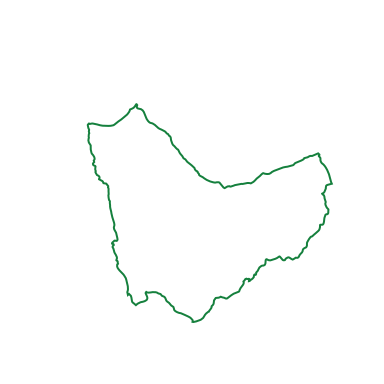 the district of Confines, Santander, Colombia, rotated 47°
{"feature_id": "7082276B80163304219298", "entity_name": "Confines", "entity_type": "district", "adm_level": 2, "iso_a3": "COL", "parent_name": "Colombia", "parent_adm1": "Santander", "projection": "albers", "projection_center": [-73.237, 6.361], "detail": "fine", "context": "isolated", "style": "outline", "palette": "green", "viewbox_px": 384, "rotation_deg": 47, "n_neighbors": 0, "source": "geoboundaries", "source_scale": "gbopen_adm2", "svg_char_len": 6044}
<svg xmlns="http://www.w3.org/2000/svg" viewBox="0 0 384 384"><g transform="rotate(47 192 192)"><path d="M291.0,261.2L290.7,260.7L290.1,257.3L289.7,256.4L289.1,255.8L288.9,255.4L288.9,254.0L288.7,253.0L288.3,252.2L286.3,249.8L285.7,247.0L285.9,246.6L287.4,244.7L287.9,243.6L288.2,242.4L289.7,241.7L291.3,240.6L292.8,240.0L293.4,239.5L293.8,238.8L294.3,233.7L294.8,230.9L296.8,225.8L296.8,225.3L296.6,224.8L296.0,223.7L295.4,222.0L294.6,217.7L294.1,216.6L293.5,215.9L292.5,215.4L292.5,213.7L292.1,213.0L292.2,212.0L292.5,211.3L293.2,211.1L294.0,210.0L294.5,209.5L294.9,209.4L295.1,209.5L295.8,211.0L296.0,211.2L296.4,210.5L296.3,209.3L296.6,207.5L296.6,206.3L296.4,204.9L295.5,203.9L295.0,202.9L295.0,202.6L295.7,202.4L296.0,201.8L295.7,201.0L294.7,200.0L294.5,197.8L293.4,194.8L293.2,194.1L293.4,191.6L293.9,190.6L294.4,190.1L294.8,189.2L294.9,188.2L294.3,187.0L292.1,184.6L291.9,183.8L291.9,183.5L292.2,183.2L293.6,182.7L294.5,182.2L295.5,181.2L297.6,176.8L298.2,175.1L298.7,172.1L299.3,171.8L303.3,172.0L303.9,171.9L304.6,171.4L305.1,170.6L305.1,170.2L304.7,168.9L305.1,166.9L305.5,166.1L306.0,165.7L307.3,165.3L309.0,164.9L310.1,164.4L310.5,162.8L310.8,160.9L311.9,160.0L312.3,159.0L312.2,158.0L311.6,156.6L311.3,155.0L311.2,152.8L310.8,151.6L309.9,150.4L309.6,149.6L309.7,148.2L310.3,146.2L310.2,145.8L309.9,145.1L309.5,144.4L307.7,142.7L307.2,141.7L306.2,138.4L305.9,136.7L305.8,136.0L305.9,135.3L306.2,134.9L306.4,134.2L306.4,131.6L306.5,129.8L306.6,126.3L306.5,125.1L306.3,124.5L305.9,123.7L305.5,123.2L305.1,122.5L303.5,120.9L303.5,120.5L303.7,120.2L304.8,119.0L305.0,118.5L305.0,118.0L304.7,117.2L303.8,115.8L301.3,112.9L299.7,109.9L299.9,108.9L300.5,108.2L300.6,107.7L300.4,107.0L300.2,106.6L298.5,104.9L298.2,104.5L297.7,104.1L296.0,104.1L295.0,104.0L294.1,103.7L292.6,103.2L291.5,102.5L290.5,101.0L287.1,99.4L285.6,98.3L284.4,97.8L284.1,97.8L283.4,98.0L282.5,98.1L282.0,97.9L282.2,97.3L282.4,96.1L282.2,95.0L280.7,91.7L280.1,91.2L279.0,89.7L278.9,89.0L279.3,87.9L281.3,84.1L279.6,83.5L272.4,79.7L268.0,78.1L265.5,77.5L263.7,77.2L261.5,77.1L259.6,77.4L258.5,77.3L257.3,76.9L256.5,76.5L254.8,75.0L254.2,74.8L252.3,74.8L251.9,74.5L251.8,73.5L251.5,73.3L249.8,73.4L247.6,79.5L246.2,81.0L245.7,82.5L245.5,83.7L243.8,86.8L244.0,87.3L244.1,88.3L243.6,90.4L241.4,96.3L241.2,97.1L241.4,99.0L241.3,99.8L238.6,104.9L237.4,106.6L236.2,108.6L232.5,117.6L231.9,119.8L231.8,121.6L231.6,122.4L231.3,123.3L230.1,124.8L228.4,126.2L226.8,127.1L226.6,127.6L226.5,129.3L226.6,131.5L226.3,135.5L226.5,138.0L226.5,140.1L225.8,143.1L225.1,143.5L223.9,144.6L223.1,145.5L220.7,149.4L219.7,150.4L216.2,156.0L215.8,157.1L214.5,159.9L214.1,160.4L213.4,160.6L212.9,161.2L212.2,162.2L211.9,163.3L211.6,164.9L211.4,165.5L210.2,165.9L203.8,165.5L202.9,166.0L201.9,167.1L200.9,168.7L199.5,169.8L196.7,171.5L193.2,173.0L190.0,173.8L188.6,174.0L185.8,175.0L184.6,175.2L183.9,174.9L183.5,174.6L181.5,174.5L181.1,174.1L180.0,174.2L179.3,174.5L178.7,174.6L177.4,174.4L176.0,173.8L172.0,174.1L166.7,174.9L163.6,174.6L161.6,175.2L159.1,174.6L156.3,174.5L154.9,174.3L152.7,173.6L151.5,173.3L150.6,173.6L148.9,173.7L146.3,173.6L144.9,173.8L143.3,173.5L141.7,172.8L139.9,172.0L137.6,170.4L136.5,170.1L135.0,170.4L133.5,170.0L132.0,170.5L129.7,170.4L128.3,170.8L125.5,171.8L123.7,172.6L122.3,173.0L117.6,173.4L114.9,174.1L113.0,175.3L112.2,175.6L111.3,175.7L109.9,175.7L107.5,175.3L100.7,172.7L98.7,172.4L96.7,172.8L94.0,174.6L93.3,174.8L92.1,174.4L91.1,172.8L90.0,172.7L89.8,173.1L90.4,175.4L90.6,177.2L90.2,178.9L89.4,181.1L89.9,181.9L90.5,183.2L91.0,185.8L91.1,186.9L90.7,194.3L90.2,197.7L89.8,203.0L89.5,204.1L88.2,206.2L86.8,207.9L82.5,212.2L80.5,213.7L77.9,215.3L74.5,217.7L73.9,218.2L73.4,218.9L72.5,220.4L72.0,220.7L71.7,220.7L71.7,222.2L72.1,222.7L74.6,224.2L76.2,224.7L76.6,225.1L77.3,226.1L79.0,227.1L79.2,227.7L79.6,228.3L80.9,229.7L82.1,230.5L82.3,231.0L83.6,232.6L85.5,233.7L86.6,233.9L88.8,234.3L91.9,237.1L94.6,238.7L95.5,239.1L97.7,239.2L99.6,239.6L100.6,240.1L101.2,240.5L101.7,241.1L102.0,242.4L103.4,243.1L103.5,244.4L103.8,245.2L104.4,245.6L105.1,245.8L105.8,245.6L106.8,245.1L107.4,245.1L107.8,245.4L108.1,245.9L109.4,247.3L110.1,247.7L111.0,248.1L111.3,248.4L111.5,249.0L112.5,249.4L114.8,249.9L116.4,249.3L117.0,249.3L117.8,249.4L118.3,249.7L119.0,250.5L119.0,251.0L119.3,251.3L122.9,250.1L123.9,250.2L124.8,250.6L125.2,250.7L127.4,249.0L127.8,249.0L128.5,249.2L128.8,249.1L130.6,249.3L131.5,250.4L131.9,250.4L132.7,250.8L134.7,252.7L136.3,254.0L137.0,254.7L137.3,255.3L139.2,256.8L141.2,258.1L142.2,258.2L142.9,258.5L144.0,259.6L145.8,260.9L146.5,261.6L148.0,262.7L151.4,264.6L152.7,265.5L156.2,267.5L161.4,270.0L162.8,270.9L163.6,271.7L164.5,273.2L165.3,273.8L166.4,274.4L170.0,275.3L174.9,278.1L176.1,279.0L176.4,279.8L176.4,280.3L176.1,280.7L174.9,281.6L174.7,282.0L174.7,284.9L175.1,285.6L175.4,285.7L176.5,285.0L177.2,285.2L177.5,285.5L177.5,286.7L177.8,287.3L178.2,287.7L179.8,288.1L183.4,290.0L186.5,290.7L187.5,291.1L188.0,291.2L188.7,291.6L189.3,292.1L190.0,293.4L190.4,293.9L191.2,293.8L191.4,293.6L192.2,293.8L193.3,294.7L194.0,295.0L194.1,295.6L194.0,296.1L194.2,296.4L195.5,297.6L196.7,298.1L197.7,298.3L199.9,298.5L205.6,298.4L207.0,298.6L209.9,299.2L211.5,300.0L217.1,303.2L219.4,305.1L220.3,306.2L221.1,307.6L223.6,309.1L223.6,307.6L226.2,307.5L227.7,308.2L230.7,310.2L231.7,310.7L232.7,310.7L233.7,310.5L236.5,310.2L236.6,308.0L237.4,305.2L237.8,304.3L238.7,302.9L239.6,301.0L240.0,299.0L239.9,298.3L239.5,297.4L238.9,296.8L237.9,296.2L234.5,295.0L234.0,294.4L233.9,293.6L234.9,293.3L235.9,292.5L237.3,290.7L238.3,289.2L240.4,287.0L241.7,286.2L243.2,285.8L245.0,284.7L245.5,284.6L247.3,284.8L249.6,283.8L250.3,283.7L251.5,283.9L253.8,284.8L254.5,284.9L255.7,284.8L256.3,284.6L257.6,284.4L260.8,284.6L263.3,284.0L264.7,284.6L265.9,285.3L266.5,285.5L267.9,285.4L269.8,284.8L271.6,283.9L273.1,282.8L277.0,281.1L280.7,279.6L282.6,279.0L283.5,278.9L285.9,278.9L286.7,279.3L287.3,280.2L288.0,279.7L289.5,277.2L291.4,272.8L291.7,269.7L290.7,266.2L290.5,264.5L290.7,261.8L291.0,261.2Z" fill="none" stroke="#15803d" stroke-width="2"/></g></svg>